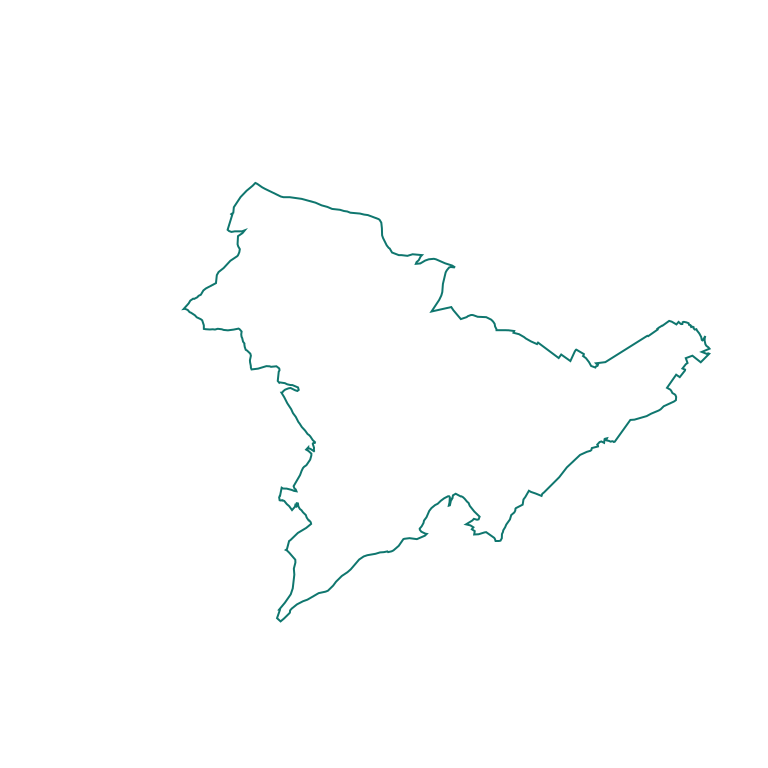 Lunca, Mures, Romania (Equal Earth projection), rotated 311°
{"feature_id": "2599482B60450426042638", "entity_name": "Lunca", "entity_type": "district", "adm_level": 2, "iso_a3": "ROU", "parent_name": "Romania", "parent_adm1": "Mures", "projection": "equal_earth", "projection_center": [24.567, 46.85], "detail": "fine", "context": "isolated", "style": "outline", "palette": "teal", "viewbox_px": 768, "rotation_deg": 311, "n_neighbors": 0, "source": "geoboundaries", "source_scale": "gbopen_adm2", "svg_char_len": 6166}
<svg xmlns="http://www.w3.org/2000/svg" viewBox="0 0 768 768"><g transform="rotate(311 384 384)"><path d="M624.2,606.5L624.5,604.7L624.3,602.3L624.8,600.6L627.0,597.6L628.8,596.1L631.0,595.0L626.6,595.9L625.8,595.7L625.8,594.9L627.6,592.5L629.0,588.8L629.7,585.2L630.3,583.8L629.0,582.9L629.1,581.2L630.0,580.4L629.7,579.3L628.5,578.5L629.0,577.3L629.4,577.2L629.4,576.3L628.8,575.4L629.7,574.0L628.9,571.8L627.6,569.5L626.6,568.9L625.0,569.8L624.2,569.0L624.0,568.3L624.1,565.6L620.8,565.6L619.8,560.2L618.7,557.8L610.6,555.9L610.5,555.6L606.6,554.4L604.8,554.1L604.6,554.8L593.4,552.0L593.2,551.2L592.5,550.9L545.7,536.7L538.7,530.4L538.6,531.3L539.0,532.8L537.8,533.2L536.2,532.4L535.1,532.7L533.5,528.5L535.0,524.4L536.0,519.5L535.7,515.9L536.7,515.8L537.7,515.2L536.1,506.6L535.8,506.4L533.9,506.6L523.6,509.6L522.5,498.4L518.2,498.8L516.3,473.1L514.5,473.3L512.6,467.1L511.4,461.2L511.3,458.9L510.2,453.3L507.6,448.1L509.4,447.5L506.0,442.4L498.4,433.6L499.2,432.8L500.3,430.1L502.0,428.0L502.7,425.4L502.9,422.7L501.5,417.3L496.2,410.6L494.5,406.2L493.9,405.2L493.0,404.3L490.2,402.8L488.7,402.5L483.4,399.4L485.2,387.9L486.2,384.3L469.9,372.3L483.6,370.5L488.4,369.2L491.6,367.7L498.2,362.8L508.7,357.3L511.0,356.8L514.6,356.7L516.1,357.6L518.0,360.4L518.5,360.3L518.1,357.7L515.2,351.0L512.2,341.4L511.2,339.5L507.5,336.0L504.2,334.1L498.8,332.3L495.6,329.2L497.4,328.6L500.2,329.0L504.3,328.0L506.2,328.1L500.7,320.5L496.1,317.6L492.7,312.6L491.0,310.7L488.5,303.8L490.0,299.4L489.8,298.3L490.4,295.1L493.6,287.4L495.0,285.0L500.2,280.2L504.0,276.1L505.0,273.0L504.9,271.7L500.9,261.0L498.8,257.8L496.9,254.1L491.2,246.2L490.1,243.1L488.3,240.3L486.6,236.5L482.1,230.0L480.5,225.1L477.9,219.7L475.9,213.3L469.7,200.4L463.2,190.4L459.0,185.5L457.8,183.2L453.2,166.1L452.5,162.9L451.9,157.2L451.3,155.0L447.5,154.8L439.6,153.5L431.0,153.1L418.9,154.7L414.4,157.9L412.0,157.3L412.0,158.0L412.3,158.4L397.8,164.8L397.8,166.8L398.7,169.1L401.4,171.3L406.1,176.7L408.7,178.1L405.0,178.2L399.8,176.8L393.4,181.8L392.2,183.7L391.2,186.7L388.6,188.3L385.6,189.3L384.3,189.4L376.2,187.2L366.3,186.9L360.0,185.7L356.5,186.4L349.9,191.0L339.3,186.9L336.1,186.3L331.2,187.2L328.9,186.2L327.0,186.2L323.7,184.9L323.2,184.0L319.8,183.1L316.7,183.7L309.2,183.6L310.2,184.5L311.1,187.3L310.7,190.1L311.2,191.7L311.8,196.2L311.5,198.9L312.7,203.2L312.8,205.0L310.1,209.5L307.4,211.9L308.3,213.4L310.9,216.8L313.0,218.9L314.2,220.7L316.6,222.3L318.9,225.7L319.6,227.5L322.1,231.0L326.5,234.9L330.4,237.9L330.6,239.1L330.2,242.1L327.8,243.7L326.2,245.5L325.6,246.9L323.5,249.8L323.0,252.1L322.2,252.7L320.6,254.6L319.1,257.2L319.4,258.6L319.2,263.2L318.0,265.0L314.0,267.2L312.5,268.7L310.3,271.6L309.0,272.8L308.1,274.5L313.0,278.9L320.3,283.5L322.4,286.2L322.8,287.4L326.8,291.2L327.0,294.5L326.7,295.2L325.7,296.2L324.2,296.5L316.6,301.8L316.2,304.2L316.9,304.4L319.6,308.6L320.3,311.2L321.8,314.0L323.1,315.6L325.0,321.4L323.6,323.5L321.9,323.2L321.0,321.1L319.7,316.1L318.1,314.8L314.9,313.1L312.7,312.7L310.9,312.8L310.2,312.2L308.6,317.3L306.0,323.7L304.1,330.5L302.3,334.4L301.3,339.0L299.2,344.2L298.7,346.6L297.6,350.2L297.1,355.0L296.1,359.2L296.3,361.0L296.1,362.8L294.9,367.1L294.8,370.1L294.1,370.4L293.3,369.5L292.4,369.3L292.0,369.6L290.0,373.0L288.4,374.2L287.6,375.2L287.3,375.2L286.8,371.2L286.4,370.1L285.6,369.2L286.5,368.4L283.4,368.3L283.9,370.9L283.8,374.9L282.3,376.1L278.5,377.9L271.8,378.7L269.0,378.0L267.4,378.0L264.4,378.8L260.2,380.4L247.6,382.8L246.4,385.0L246.5,386.5L245.6,388.3L244.3,386.2L243.5,383.8L241.2,379.2L238.9,376.4L238.6,374.8L231.4,378.9L231.2,378.7L229.6,379.3L227.8,381.5L228.4,382.6L229.1,383.0L229.3,383.7L229.7,383.7L230.3,385.5L229.6,389.4L229.6,392.6L228.5,397.3L233.0,397.3L234.1,396.7L233.9,398.3L234.6,398.5L236.3,396.3L236.8,396.3L237.4,397.4L235.5,399.6L234.5,402.4L234.6,404.5L234.0,407.1L233.8,411.0L232.5,413.2L231.8,415.8L231.6,416.8L232.0,417.1L231.6,419.4L230.6,420.8L224.3,419.7L215.1,416.7L204.8,415.8L203.2,415.4L195.7,419.1L194.4,418.8L194.7,419.9L194.5,423.2L193.2,432.3L192.6,432.9L191.1,434.3L185.5,437.1L181.3,441.4L169.9,449.2L164.1,451.6L153.9,452.7L144.7,452.9L145.1,453.7L137.1,456.9L137.0,461.7L141.4,462.4L149.1,463.0L149.8,462.9L151.5,461.7L154.0,461.7L160.6,462.9L166.9,465.4L171.0,467.7L183.3,471.9L188.9,476.1L191.2,477.3L198.5,477.9L203.3,477.5L211.4,478.1L218.0,479.9L222.4,480.5L235.2,480.4L240.5,481.8L243.8,483.7L250.3,489.0L254.3,491.5L257.0,494.2L259.9,496.4L259.8,497.4L262.7,499.5L264.6,500.3L271.5,501.3L279.6,500.4L280.5,500.9L284.4,504.4L288.5,510.6L296.4,514.4L298.9,514.6L298.2,513.4L297.0,509.0L297.5,506.7L298.3,505.8L301.3,505.8L305.0,505.0L307.2,503.8L311.3,503.5L317.9,501.4L321.5,501.2L326.2,502.0L328.8,503.1L333.2,503.5L337.3,504.4L341.3,506.0L342.0,506.8L341.7,508.0L337.8,511.0L334.7,512.7L335.7,513.3L339.9,511.0L341.4,510.9L342.1,510.3L342.7,510.6L345.2,509.1L348.2,510.1L349.5,515.7L350.0,516.1L350.4,517.9L350.3,520.2L349.7,523.8L349.7,525.9L348.3,528.7L347.0,535.8L346.6,543.2L343.9,544.2L342.6,543.3L341.2,540.3L338.9,540.2L331.9,538.0L334.0,542.0L334.5,545.5L332.0,545.6L332.5,549.0L329.6,550.8L332.7,554.0L337.9,557.2L339.2,558.3L340.2,568.1L339.8,569.4L338.7,571.2L341.0,573.8L342.2,574.7L344.9,574.1L348.1,571.5L350.5,570.8L351.8,570.0L355.4,569.4L358.1,568.5L364.4,567.9L368.6,566.0L372.6,566.6L374.6,566.1L376.2,565.0L376.9,565.0L383.9,567.8L388.4,565.0L391.4,564.8L398.5,563.4L399.0,565.8L400.8,570.2L402.9,576.3L405.0,575.5L407.2,575.9L428.6,577.4L441.0,576.7L459.1,578.5L465.9,581.6L469.0,583.6L470.2,583.8L472.0,582.9L477.3,586.5L477.8,586.0L478.2,584.7L481.6,584.8L483.2,585.7L484.0,588.7L487.2,586.6L487.6,586.7L489.3,587.9L487.3,588.5L487.4,588.9L488.6,591.0L489.2,592.9L490.3,593.6L490.9,594.3L491.0,595.5L491.8,596.0L518.5,593.5L521.4,596.4L532.1,603.3L536.9,605.1L544.2,608.7L546.4,609.4L550.7,609.7L560.9,614.3L563.3,614.9L565.9,613.0L566.8,611.3L566.9,610.2L566.4,607.6L567.3,605.3L567.6,603.8L566.8,600.1L582.7,598.4L583.2,602.7L591.6,602.3L592.4,601.8L591.5,599.1L596.9,598.8L599.0,599.3L601.5,594.8L607.7,598.2L608.2,608.8L620.2,609.6L619.8,608.5L618.5,607.9L616.7,602.8L624.2,606.5Z" fill="none" stroke="#0f766e" stroke-width="2"/></g></svg>